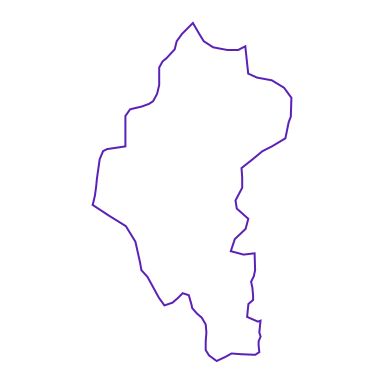 Gapyeong-gun, Gyeonggi, South Korea
{"feature_id": "91817680B96761005572442", "entity_name": "Gapyeong-gun", "entity_type": "district", "adm_level": 2, "iso_a3": "KOR", "parent_name": "South Korea", "parent_adm1": "Gyeonggi", "projection": "albers", "projection_center": [127.464, 37.798], "detail": "fine", "context": "isolated", "style": "outline", "palette": "violet", "viewbox_px": 384, "rotation_deg": 0, "n_neighbors": 0, "source": "geoboundaries", "source_scale": "gbopen_adm2", "svg_char_len": 1251}
<svg xmlns="http://www.w3.org/2000/svg" viewBox="0 0 384 384"><path d="M192.9,23.0L182.1,33.8L176.7,41.2L174.7,49.3L166.6,58.1L162.6,61.4L159.2,67.5L159.2,75.6L159.2,85.0L157.1,93.8L153.1,101.2L149.0,103.9L141.6,106.6L135.5,108.0L130.1,109.3L125.4,116.0L125.4,146.4L107.1,149.1L103.1,151.1L99.7,159.2L96.9,178.8L96.2,186.2L94.9,195.7L92.8,204.5L92.6,204.9L108.4,215.3L125.9,226.2L135.4,241.7L140.1,262.7L141.4,270.2L147.5,276.9L156.9,294.1L159.0,297.9L164.4,305.4L172.5,302.7L178.0,297.9L182.7,293.2L188.8,295.2L191.5,304.7L192.2,308.1L196.9,313.5L201.7,317.6L205.7,324.4L206.4,332.5L205.7,341.3L205.7,350.1L209.1,355.5L216.6,361.0L225.4,356.9L231.5,353.5L241.0,354.2L255.2,354.8L259.3,352.1L258.6,345.3L258.6,341.3L260.6,336.5L259.3,332.5L260.5,320.7L257.9,321.6L247.1,316.9L248.4,304.0L253.1,300.0L253.1,295.9L252.4,287.8L251.1,281.7L253.8,276.3L255.1,270.2L254.6,253.3L243.6,254.6L230.8,251.2L234.8,239.1L245.6,228.9L248.3,218.8L236.8,208.6L235.5,200.5L242.2,187.7L242.2,177.5L241.5,168.1L254.3,157.9L262.4,151.2L271.9,146.4L285.4,138.3L288.7,122.1L290.8,116.7L291.4,97.8L284.0,87.7L271.8,80.3L257.0,77.6L248.2,73.6L245.3,46.3L238.1,50.0L227.3,50.0L213.1,47.3L203.7,41.2L199.6,34.5L192.9,23.0Z" fill="none" stroke="#5b21b6" stroke-width="2"/></svg>